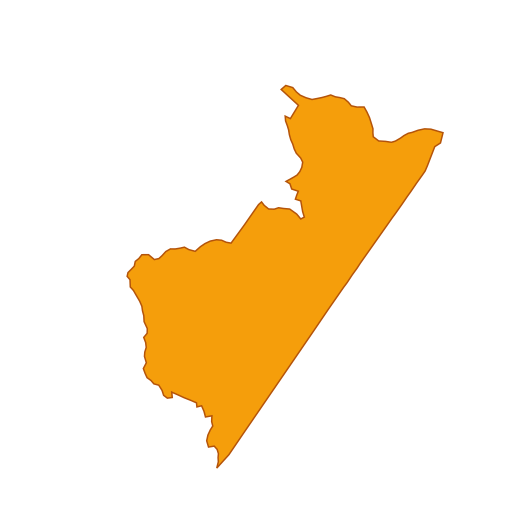 Siderópolis, Santa Catarina, Brazil, rotated 301°
{"feature_id": "56859067B27170583635487", "entity_name": "Siderópolis", "entity_type": "district", "adm_level": 2, "iso_a3": "BRA", "parent_name": "Brazil", "parent_adm1": "Santa Catarina", "projection": "albers", "projection_center": [-49.514, -28.569], "detail": "fine", "context": "isolated", "style": "filled", "palette": "amber", "viewbox_px": 512, "rotation_deg": 301, "n_neighbors": 0, "source": "geoboundaries", "source_scale": "gbopen_adm2", "svg_char_len": 2201}
<svg xmlns="http://www.w3.org/2000/svg" viewBox="0 0 512 512"><g transform="rotate(301 256 256)"><path d="M54.0,331.6L71.7,335.1L96.5,336.5L221.7,344.0L246.9,345.4L274.2,347.2L280.1,347.8L289.5,348.2L297.7,348.9L303.6,349.1L351.5,352.6L358.8,353.1L363.9,353.6L375.9,354.5L384.7,355.0L390.8,355.5L401.3,356.1L411.1,356.9L416.0,357.2L421.8,356.4L441.8,352.9L447.9,355.9L453.8,354.1L458.0,352.8L456.4,346.7L454.8,340.6L451.8,335.0L447.3,330.2L442.3,326.1L439.6,323.3L435.6,320.9L431.4,319.1L426.3,316.3L423.2,313.5L421.0,308.1L417.8,301.9L418.6,295.1L421.7,292.8L425.3,290.7L428.3,287.4L433.0,282.1L436.5,277.0L439.4,271.9L435.7,265.9L433.8,260.3L435.4,255.9L436.3,250.6L434.9,246.1L433.3,242.0L432.5,237.1L429.0,234.0L425.8,230.9L422.3,227.1L419.0,223.4L417.4,217.4L416.6,211.1L417.4,206.2L419.3,200.8L417.5,193.7L411.7,191.8L407.0,214.8L391.5,214.7L390.9,209.0L387.0,211.8L383.7,215.9L380.9,219.0L377.1,222.2L373.6,225.9L370.9,229.8L367.4,233.7L364.8,237.7L363.0,243.8L360.5,247.7L355.6,249.6L350.9,250.1L346.5,249.5L343.0,247.7L335.4,243.3L335.4,247.9L331.8,252.1L333.3,258.9L329.1,259.6L325.0,260.5L326.3,266.0L322.5,269.3L318.1,273.1L314.2,277.4L310.8,275.3L312.9,269.3L313.6,260.7L310.8,254.9L309.0,250.5L305.5,247.5L302.8,242.6L303.6,237.0L305.2,232.9L301.4,231.7L276.2,230.0L254.2,228.0L252.4,223.3L251.8,218.4L249.6,213.8L245.2,209.1L240.4,205.9L235.5,203.6L228.7,201.5L226.9,195.2L226.7,190.1L223.8,187.1L220.4,183.1L218.0,179.0L213.4,176.4L207.9,175.3L203.8,174.1L200.6,170.7L201.8,163.2L198.3,157.5L193.5,156.9L189.2,155.3L184.6,156.9L179.8,155.8L175.9,154.8L172.2,156.0L170.8,160.2L164.7,164.2L163.3,168.8L161.0,172.9L157.4,179.5L154.1,184.1L150.6,186.9L147.0,190.6L142.1,193.9L137.8,200.2L133.7,202.5L128.4,201.7L125.0,206.0L121.1,209.0L116.3,210.2L112.5,212.1L108.0,217.0L101.5,217.4L98.2,221.5L95.6,225.3L95.2,230.1L93.8,234.3L95.2,239.2L92.4,244.7L89.0,248.6L88.5,253.2L91.6,257.1L95.9,253.9L96.8,260.8L97.5,267.3L98.5,273.3L99.5,280.6L96.2,283.1L99.6,286.5L96.1,291.4L92.0,295.6L96.3,300.5L91.2,303.3L88.0,306.5L83.5,306.4L77.8,307.0L72.2,308.9L67.8,313.7L71.5,318.1L70.2,322.3L67.2,325.6L63.7,327.3L60.2,329.7L54.0,331.6Z" fill="#f59e0b" stroke="#b45309" stroke-width="1.5"/></g></svg>